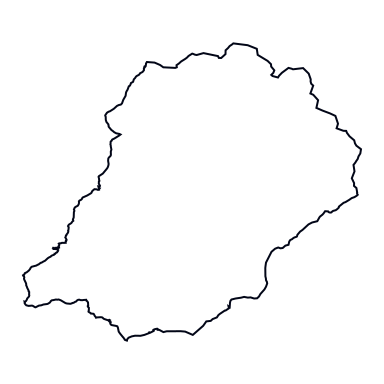 Poienile De Sub Munte, Maramures, Romania
{"feature_id": "2599482B77495367357809", "entity_name": "Poienile De Sub Munte", "entity_type": "district", "adm_level": 2, "iso_a3": "ROU", "parent_name": "Romania", "parent_adm1": "Maramures", "projection": "natural_earth1", "projection_center": [24.455, 47.867], "detail": "fine", "context": "isolated", "style": "outline", "palette": "ink", "viewbox_px": 384, "rotation_deg": 0, "n_neighbors": 0, "source": "geoboundaries", "source_scale": "gbopen_adm2", "svg_char_len": 5811}
<svg xmlns="http://www.w3.org/2000/svg" viewBox="0 0 384 384"><path d="M41.3,305.3L43.4,304.5L47.2,304.0L48.2,303.6L49.9,302.5L51.0,300.9L51.9,300.3L53.4,300.1L56.0,299.5L57.1,299.7L58.7,299.5L60.8,300.3L65.5,303.1L66.9,303.5L70.3,303.8L71.8,303.4L72.3,303.0L73.6,302.8L75.0,301.9L76.1,301.5L77.2,300.3L78.2,299.8L79.4,299.7L80.5,300.1L82.3,300.2L83.4,300.0L86.2,299.8L86.5,300.8L87.2,301.2L88.0,302.4L88.2,305.6L87.9,305.8L88.0,306.1L87.8,306.6L88.9,307.8L88.8,310.5L88.5,311.2L88.5,311.7L88.7,311.9L90.6,313.1L90.8,313.5L93.5,313.8L93.9,314.2L94.8,316.0L95.7,317.0L96.0,317.7L97.2,317.4L100.3,317.2L101.9,317.3L102.5,317.6L103.6,318.7L104.8,319.2L108.1,320.3L108.5,320.3L109.0,319.9L109.3,319.8L109.9,320.2L109.1,321.0L109.1,321.3L109.8,321.8L110.7,322.1L110.7,322.5L110.2,323.1L110.3,323.5L110.4,323.9L110.8,324.4L110.9,324.6L111.8,325.1L116.0,325.9L117.3,326.3L117.9,327.6L118.7,331.6L120.0,333.5L123.0,337.2L123.4,337.5L124.1,338.7L124.6,339.2L124.8,339.8L126.8,340.6L127.0,340.6L127.0,339.8L127.3,339.2L128.6,337.7L131.7,336.4L135.1,335.7L140.5,335.8L144.4,334.9L149.4,333.0L148.5,332.0L150.0,332.6L150.8,332.4L153.6,331.0L153.8,330.8L153.7,330.5L153.3,330.0L153.6,329.7L155.1,329.1L157.2,328.7L157.8,329.1L157.7,329.8L159.3,329.9L163.4,332.1L166.6,331.3L180.7,331.2L185.2,331.6L192.8,334.9L203.2,325.8L206.3,321.4L210.7,320.9L212.6,319.1L216.9,317.4L218.3,315.2L219.7,314.0L224.9,310.5L225.6,310.5L228.9,308.3L228.9,308.0L228.5,306.3L229.7,307.1L230.0,302.6L230.5,300.7L231.5,299.5L235.6,298.5L241.0,297.7L244.1,296.9L247.8,297.6L250.6,297.4L254.1,298.5L257.1,298.3L259.0,296.5L260.4,294.0L264.4,289.5L266.0,286.7L267.2,283.4L266.8,281.5L266.2,280.7L266.0,280.0L265.9,278.5L265.4,276.3L265.3,268.0L265.5,266.2L266.0,262.6L271.5,251.8L275.1,248.7L278.2,247.5L280.5,248.3L282.7,248.0L285.4,245.6L288.5,244.8L289.2,241.7L289.7,240.8L290.3,240.0L292.2,239.1L292.9,238.4L294.3,237.5L296.7,236.7L297.0,236.3L297.4,234.8L300.1,231.6L302.4,230.0L308.5,224.4L312.1,222.5L317.3,221.2L319.4,217.4L320.1,216.5L322.4,214.7L323.5,213.5L325.1,211.2L328.1,211.4L328.4,211.9L328.8,212.2L330.1,212.6L331.4,212.4L332.1,211.6L333.1,210.9L335.7,210.2L337.1,209.2L338.6,207.8L338.9,207.3L338.9,206.6L343.6,202.8L345.5,202.1L349.3,199.8L351.7,198.1L354.5,197.1L356.6,195.8L357.7,194.8L357.4,194.4L357.0,193.0L357.2,192.6L356.4,188.0L354.0,185.9L354.1,183.1L351.8,178.3L354.5,171.4L353.5,164.9L355.4,162.5L356.2,161.1L357.7,159.0L358.5,156.4L360.3,153.5L361.0,149.2L356.4,145.7L355.0,143.4L354.2,140.3L349.5,136.3L346.9,132.8L346.2,130.9L343.4,130.8L336.6,128.3L338.0,123.7L335.4,115.9L330.0,113.4L322.6,110.6L316.4,107.9L318.1,100.2L313.3,94.8L310.4,93.5L313.2,85.6L311.2,83.7L310.6,81.5L310.7,79.3L308.7,73.6L303.1,68.1L293.0,69.3L291.6,68.7L288.5,67.9L281.9,72.8L279.1,75.7L278.0,77.5L272.5,76.0L271.3,74.9L273.3,72.9L274.3,70.3L271.2,66.6L271.0,64.2L267.6,60.9L257.7,54.9L256.8,48.8L247.7,45.2L233.3,43.4L232.0,44.5L229.6,46.1L228.0,48.1L225.6,50.3L225.5,54.1L221.2,58.0L218.8,57.9L218.0,56.1L203.5,53.1L196.7,55.0L195.0,54.7L192.6,53.7L192.1,53.7L188.5,56.0L187.1,57.5L185.4,58.8L181.1,61.5L178.8,63.6L176.5,65.2L176.8,67.3L175.2,67.9L163.3,67.3L160.1,65.0L154.6,62.6L146.9,62.0L146.0,63.5L145.9,65.1L145.4,65.7L145.6,66.3L145.0,67.0L144.8,66.6L144.6,66.6L144.5,67.6L144.3,68.0L144.1,67.8L143.8,68.9L144.0,69.9L143.9,70.3L142.5,72.0L140.0,73.3L139.6,74.1L138.8,74.9L136.7,76.0L135.9,76.7L135.2,77.9L133.8,79.4L133.1,81.8L130.9,83.1L130.6,84.2L130.0,85.5L129.3,86.1L128.8,86.3L127.6,89.6L126.4,91.6L126.0,92.8L125.6,95.8L123.3,99.8L122.0,103.4L120.8,104.6L118.9,105.0L117.0,105.9L113.8,108.8L109.9,111.3L108.6,111.7L107.0,112.7L105.4,115.0L105.2,115.6L105.7,116.8L105.8,119.9L106.4,121.9L108.4,124.4L108.4,125.0L108.6,125.5L108.6,126.4L108.8,126.9L111.5,130.1L112.7,130.9L114.2,132.2L116.2,133.3L119.3,133.9L120.5,134.5L119.2,135.5L114.4,138.5L112.3,139.5L112.0,139.9L111.7,140.7L111.0,141.2L110.6,141.8L110.6,143.3L110.4,144.5L110.7,145.1L110.8,146.5L111.4,149.6L110.8,151.5L110.9,155.0L110.4,156.1L108.8,157.6L108.3,158.6L108.1,160.8L108.6,163.8L108.5,164.9L108.0,166.7L107.2,168.3L102.8,173.6L99.0,176.1L98.6,176.6L98.6,177.0L99.0,178.5L99.1,179.8L99.4,180.9L98.9,181.4L98.8,183.7L100.0,185.8L99.9,186.1L99.2,186.5L98.3,186.4L98.8,188.0L99.7,188.3L99.1,189.1L99.1,189.7L98.0,189.9L96.4,189.3L94.4,189.2L92.4,190.9L91.8,191.9L91.6,192.6L90.9,193.3L87.2,195.5L82.7,197.5L82.2,198.2L81.8,199.1L80.9,199.9L79.6,200.5L78.9,201.3L79.0,202.9L78.7,204.2L77.9,205.6L77.5,205.9L75.4,207.0L74.6,207.8L74.3,208.8L73.9,209.3L74.4,210.9L73.9,212.0L73.7,217.4L73.4,218.3L72.9,219.3L73.3,220.8L72.4,221.5L71.3,223.1L68.8,224.7L68.1,225.9L68.3,226.1L68.2,226.6L68.6,227.0L68.7,227.6L68.4,230.1L68.1,230.6L68.3,231.8L67.7,233.1L66.6,234.5L66.4,235.2L65.9,235.5L65.8,236.4L65.3,237.5L65.8,238.2L66.6,239.8L66.6,240.0L65.9,240.5L66.1,241.3L65.6,241.8L65.7,242.8L63.4,242.9L62.0,242.8L61.2,243.2L59.1,243.4L58.8,243.7L59.3,244.1L59.2,245.4L58.4,246.4L58.6,246.9L59.1,247.2L59.1,247.6L55.9,247.8L56.1,248.2L55.8,248.4L54.0,248.2L53.2,247.8L53.0,248.1L53.8,248.6L53.7,249.0L57.9,249.1L57.8,250.0L58.1,250.2L57.7,250.7L57.8,251.4L57.4,251.6L57.0,252.4L56.0,252.8L55.2,253.8L54.6,253.8L54.6,254.1L54.1,254.7L51.8,255.6L51.2,256.0L50.6,256.7L49.2,257.3L47.8,258.2L45.1,260.7L43.1,261.7L41.5,262.7L40.7,262.8L38.5,264.5L37.5,264.8L36.5,265.5L31.6,266.8L30.6,267.9L30.0,269.1L28.9,270.5L26.7,272.3L24.8,273.2L24.4,274.3L23.0,275.3L23.2,275.8L24.0,276.2L24.3,277.4L24.0,278.5L24.2,279.5L25.8,282.8L26.2,284.0L26.2,285.3L26.9,286.8L27.2,287.8L28.6,290.6L28.6,291.3L29.2,292.0L29.1,294.8L29.3,295.3L29.0,296.5L27.2,298.5L26.9,299.5L26.1,300.9L25.1,301.7L24.6,301.6L24.9,302.3L24.6,302.6L24.6,303.1L25.3,304.3L26.3,305.3L28.6,305.9L32.0,305.6L32.9,305.9L35.0,307.2L35.6,307.3L38.9,305.6L41.3,305.3Z" fill="none" stroke="#020617" stroke-width="2"/></svg>